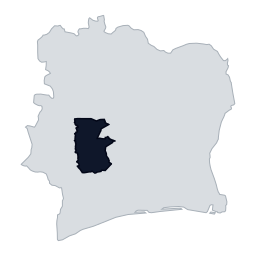 Haut-Sassandra, Haut-Sassandra, Ivory Coast shown in context
{"feature_id": "98640826B13622385448205", "entity_name": "Haut-Sassandra", "entity_type": "district", "adm_level": 2, "iso_a3": "CIV", "parent_name": "Ivory Coast", "parent_adm1": "Haut-Sassandra", "projection": "orthographic", "projection_center": [-6.803, 7.032], "detail": "fine", "context": "in_parent", "style": "filled", "palette": "ink", "viewbox_px": 256, "rotation_deg": 0, "n_neighbors": 0, "source": "geoboundaries", "source_scale": "gbopen_adm2", "svg_char_len": 7626}
<svg xmlns="http://www.w3.org/2000/svg" viewBox="0 0 256 256"><path d="M43.1,35.1L44.2,35.1L46.8,34.3L49.3,32.5L51.6,28.8L54.6,25.8L58.1,26.0L59.1,25.5L60.3,25.4L61.7,27.4L63.2,28.9L64.2,28.9L65.0,31.8L71.3,33.0L74.0,33.7L76.2,35.8L77.0,35.9L78.0,35.4L78.7,34.7L78.9,33.9L77.9,32.0L78.3,30.4L79.4,28.8L81.0,28.8L83.4,28.3L86.2,28.3L88.3,28.6L89.1,27.1L88.3,22.9L88.5,20.5L88.9,18.6L89.7,17.8L92.8,20.2L95.6,21.1L97.7,21.2L98.2,20.7L97.4,18.0L97.6,17.2L98.3,16.7L99.7,16.5L103.3,15.4L103.7,15.6L104.4,19.8L104.1,21.2L104.8,24.1L105.8,26.8L105.7,27.9L104.9,29.5L104.0,31.1L104.1,31.7L105.6,32.7L108.4,33.8L111.2,34.0L112.8,32.5L114.5,31.2L115.6,30.1L116.0,28.4L117.9,27.1L123.1,25.6L127.8,25.3L129.0,25.8L131.2,28.2L133.9,29.8L138.1,29.6L141.1,30.5L143.8,32.3L145.5,36.3L147.5,39.2L148.3,43.3L151.4,45.4L153.8,46.4L157.0,49.4L160.4,50.9L163.8,50.5L165.5,52.1L168.0,53.2L170.6,53.2L172.9,49.8L175.8,48.4L183.4,45.6L186.4,44.3L189.4,43.5L196.7,43.2L203.5,44.0L206.8,44.6L209.1,44.2L211.3,45.8L213.6,49.2L215.5,50.3L217.4,51.4L218.8,54.1L220.5,56.8L221.4,58.0L223.5,60.6L225.2,60.7L226.9,59.5L227.7,58.6L228.0,60.4L227.4,63.2L227.5,65.0L228.5,65.7L228.0,67.9L226.0,71.8L226.1,74.1L228.0,74.8L229.5,77.2L230.4,81.3L231.3,82.7L231.3,83.5L232.9,93.5L234.8,103.6L233.7,104.9L232.1,105.3L231.1,105.8L230.8,106.7L231.5,108.1L231.1,109.3L229.2,110.2L225.0,113.4L224.7,114.7L223.6,117.4L222.7,119.1L221.3,122.2L219.2,130.4L218.4,137.1L218.3,139.2L217.5,140.7L216.6,142.8L212.0,148.6L209.7,153.3L210.0,155.4L210.1,157.5L209.4,159.0L209.6,163.0L210.2,166.3L211.0,169.6L214.4,178.8L216.2,184.5L217.3,189.0L218.3,192.0L219.2,193.3L219.6,194.4L224.5,195.2L225.5,195.9L226.9,201.8L226.7,204.5L225.7,205.5L225.8,207.8L225.6,210.6L224.8,211.7L222.1,211.9L220.2,213.0L217.7,212.6L217.5,211.9L216.1,211.6L212.4,210.1L213.0,204.9L211.3,204.7L210.0,205.4L207.4,211.6L206.1,212.7L187.7,209.6L183.7,207.1L178.9,206.5L170.6,206.9L163.7,207.7L161.8,209.2L179.1,208.2L181.0,208.4L181.9,209.3L159.9,211.5L151.5,212.7L149.0,212.4L147.2,210.4L138.0,210.2L136.2,210.9L135.0,212.3L138.6,212.0L144.3,211.9L145.8,213.0L128.1,214.5L115.8,217.3L110.6,219.4L93.5,226.2L83.0,229.3L80.3,230.5L75.5,233.8L69.4,235.9L62.5,239.8L58.3,240.6L57.4,239.4L57.3,232.8L56.7,224.0L56.9,220.7L57.5,217.5L57.5,214.9L59.6,213.9L60.1,212.8L60.5,209.4L62.4,206.2L62.4,200.8L63.0,199.7L63.5,198.3L62.6,194.7L61.6,188.0L61.0,187.5L60.6,187.8L59.5,187.9L55.2,185.6L51.9,185.2L49.5,183.2L49.4,181.0L48.2,179.6L47.5,177.0L46.3,174.0L43.0,172.2L40.0,171.8L37.8,172.1L35.2,172.0L32.3,171.0L30.3,169.9L28.4,167.7L26.6,165.9L25.2,166.1L23.5,165.7L21.8,164.9L21.2,164.3L28.3,157.3L30.8,153.9L31.0,151.9L31.1,149.7L31.8,147.6L32.1,144.3L28.2,132.3L27.2,128.6L26.1,127.6L25.5,127.1L27.4,125.6L30.2,126.0L34.4,127.2L35.3,126.1L38.5,120.0L38.4,117.8L38.1,116.2L40.0,112.1L41.5,110.5L42.2,108.8L42.0,106.5L40.9,105.6L39.4,105.7L37.7,105.2L35.0,103.8L33.6,102.6L34.1,97.1L34.3,95.4L35.3,94.5L36.7,94.2L40.9,94.1L44.3,94.7L47.2,95.1L48.8,95.1L50.0,96.7L51.7,98.3L53.2,98.3L53.8,97.1L53.4,91.7L52.4,88.9L50.2,86.1L44.4,83.8L44.2,80.5L44.8,76.9L46.1,75.6L50.4,73.4L49.7,72.2L48.3,70.9L45.6,69.6L46.2,65.3L46.3,61.5L44.0,62.0L41.6,62.2L39.6,61.0L38.0,58.7L37.7,52.4L37.7,45.0L37.4,41.8L38.0,40.1L40.1,38.5L42.3,36.5L43.1,35.1ZM215.3,212.7L214.4,214.1L209.7,213.2L210.8,212.0L215.3,212.7Z" fill="#d9dde1" stroke="#a8b0b8" stroke-width="1"/><path d="M104.1,119.4L100.9,119.5L99.7,119.7L96.4,121.0L91.6,118.9L91.0,118.7L83.8,118.7L77.6,118.6L75.9,118.8L74.8,118.9L74.8,119.1L74.7,119.3L74.8,119.5L74.7,119.7L74.8,119.8L74.7,120.2L74.9,120.6L74.9,120.8L74.9,121.2L74.9,121.3L74.8,121.6L75.0,121.5L75.1,121.8L75.1,122.0L75.1,122.4L75.0,122.5L74.9,122.6L74.8,122.9L75.0,123.4L75.2,123.6L75.3,123.8L75.3,124.0L75.2,124.2L75.2,124.3L75.4,124.6L75.5,124.7L75.6,124.8L75.8,124.9L76.1,125.4L76.4,125.4L76.7,125.2L76.8,125.2L77.0,125.3L77.1,125.5L77.5,126.0L77.8,126.2L77.9,126.3L78.0,126.3L78.0,126.5L78.0,126.8L78.1,127.1L78.1,127.3L77.7,127.4L77.4,127.4L77.1,127.3L76.9,127.4L76.7,127.4L76.7,127.5L76.4,127.7L76.2,127.8L76.1,128.0L76.1,128.3L76.3,128.4L76.5,128.7L76.7,129.0L76.8,129.1L76.7,129.4L76.6,129.6L76.7,129.8L76.8,130.1L76.9,130.3L77.0,130.4L77.1,130.6L77.3,130.8L77.5,130.8L77.5,131.0L77.4,131.4L77.2,131.6L77.2,131.8L76.9,132.0L76.4,132.0L76.2,132.1L75.9,132.3L75.9,132.6L76.0,132.6L76.0,132.9L75.7,133.0L75.5,133.3L75.2,133.4L74.9,133.5L74.7,133.7L74.7,133.8L75.0,134.2L75.1,134.4L75.4,134.9L75.5,135.1L75.5,135.4L75.4,135.7L75.2,136.2L75.2,136.5L75.3,136.6L75.4,136.9L75.3,137.2L75.2,137.4L75.1,137.6L75.2,138.1L75.1,138.5L75.0,138.8L75.1,139.3L75.3,139.7L75.4,139.8L75.3,140.1L75.1,140.1L74.9,140.2L74.6,140.4L74.5,140.5L74.7,140.9L74.9,141.0L75.0,141.1L75.3,141.1L75.6,141.6L75.7,141.8L75.5,142.0L75.4,142.1L75.4,142.3L75.5,142.7L75.5,142.8L75.5,143.0L75.8,143.3L75.8,143.5L76.0,143.6L76.1,143.8L75.8,144.5L75.7,144.7L75.8,144.9L75.6,145.3L75.6,145.8L75.6,146.0L75.5,146.4L75.4,146.6L75.4,146.9L75.4,147.0L75.5,147.1L75.6,147.8L75.5,148.1L75.5,148.3L75.4,148.5L75.3,148.8L75.4,149.2L75.5,149.3L75.9,149.7L76.0,149.7L76.1,149.8L76.2,150.0L76.1,150.3L76.1,150.6L76.0,150.8L75.9,150.9L75.6,151.0L75.4,151.4L75.5,151.5L75.5,151.9L75.5,152.1L75.5,152.3L75.4,152.4L75.5,152.5L75.9,152.7L76.0,152.8L76.5,152.9L76.8,152.9L77.0,152.9L77.2,153.0L77.3,153.0L77.5,153.2L77.5,153.3L77.8,153.9L77.7,154.1L77.8,154.2L77.9,154.3L77.9,154.6L77.7,154.9L77.7,155.0L77.8,155.1L78.0,155.4L78.0,155.6L78.2,155.8L78.2,156.1L78.1,156.5L77.9,156.7L77.9,156.8L78.3,157.0L78.5,157.1L78.5,157.3L78.4,157.5L78.2,157.8L77.9,158.0L77.9,158.3L77.9,158.5L78.1,158.9L78.2,159.2L78.1,159.6L78.0,160.0L78.0,160.3L77.9,160.5L77.7,160.8L77.3,161.1L76.9,161.4L76.8,161.5L76.8,161.9L76.9,162.0L77.1,162.2L77.3,162.3L77.6,162.4L77.7,162.5L77.6,162.8L77.8,162.6L78.1,162.7L78.3,162.9L78.3,163.0L78.4,163.4L78.6,163.6L78.7,163.8L78.9,164.0L79.1,164.8L79.2,165.1L79.2,165.4L79.0,165.5L78.8,165.7L78.8,165.8L78.6,165.8L78.5,166.0L78.4,166.1L78.1,166.1L77.9,166.1L77.7,166.0L77.4,166.1L77.4,166.4L77.5,166.5L77.8,166.6L78.0,166.6L78.2,166.8L78.3,167.2L78.3,167.4L78.3,167.5L79.9,169.1L80.6,170.0L81.2,170.9L82.2,172.4L82.3,172.6L82.5,172.6L83.4,172.7L84.3,172.7L85.8,172.5L86.8,172.3L87.7,172.1L88.5,172.0L88.8,171.9L89.8,171.8L90.0,171.9L91.1,171.8L92.0,171.1L94.9,173.1L96.0,172.8L97.3,172.0L97.5,172.0L97.7,171.9L97.8,171.9L98.1,171.9L99.5,171.7L101.0,171.4L101.1,171.0L101.8,170.2L105.2,170.5L110.7,164.6L111.1,164.3L111.2,164.2L111.3,164.0L111.3,163.9L111.3,163.7L109.9,162.8L109.0,162.2L109.1,160.3L108.6,160.0L108.5,159.8L108.6,159.6L108.6,159.4L108.6,159.1L108.2,158.3L106.5,156.1L106.3,153.4L105.2,150.7L105.6,147.2L106.2,146.5L112.6,142.5L112.7,141.3L114.9,141.0L114.9,140.9L114.5,140.8L114.4,140.8L113.7,140.5L113.5,140.4L113.3,140.3L113.1,140.4L112.5,140.0L112.2,140.0L111.7,139.8L111.3,139.6L111.0,139.6L110.9,139.5L110.8,139.4L110.7,139.4L110.4,139.2L110.2,139.3L110.1,139.0L109.9,139.0L109.8,138.9L109.5,138.9L109.2,138.6L108.8,138.5L108.8,138.4L108.7,138.4L108.6,138.2L108.5,137.8L108.5,137.7L108.8,137.6L108.7,137.4L108.4,137.3L108.2,137.0L108.1,136.9L107.8,136.6L106.3,137.5L105.3,137.5L105.3,138.8L102.9,138.8L100.4,138.4L100.0,138.2L97.2,138.5L97.2,138.3L100.4,131.4L100.8,130.9L101.0,129.6L101.1,128.8L108.8,124.5L108.6,124.3L108.4,124.2L108.0,124.0L107.8,123.9L107.4,123.8L107.0,123.8L106.9,123.8L106.7,123.7L106.4,123.3L106.1,123.1L105.9,123.1L105.7,122.9L105.3,122.8L105.2,122.8L105.1,122.7L105.1,122.3L105.1,122.2L105.1,121.9L105.1,121.6L105.2,121.2L104.9,121.0L104.8,120.8L104.4,120.4L104.3,120.2L104.3,119.9L104.4,119.6L104.2,119.5L104.2,119.4L104.1,119.4Z" fill="#0f172a" stroke="#020617" stroke-width="1.5"/></svg>